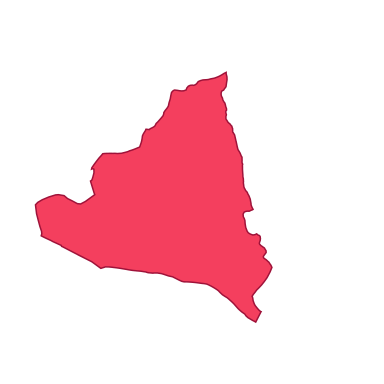 outline of Bonneterre, Gros Islet, Saint Lucia, rotated 303°
{"feature_id": "8701671B46527115488152", "entity_name": "Bonneterre", "entity_type": "district", "adm_level": 2, "iso_a3": "LCA", "parent_name": "Saint Lucia", "parent_adm1": "Gros Islet", "projection": "mercator", "projection_center": [-60.94, 14.069], "detail": "fine", "context": "isolated", "style": "filled", "palette": "rose", "viewbox_px": 384, "rotation_deg": 303, "n_neighbors": 0, "source": "geoboundaries", "source_scale": "gbopen_adm2", "svg_char_len": 5288}
<svg xmlns="http://www.w3.org/2000/svg" viewBox="0 0 384 384"><g transform="rotate(303 192 192)"><path d="M156.5,95.3L157.0,95.6L157.6,96.5L157.7,97.3L154.9,99.2L154.2,99.5L150.6,100.7L148.4,101.3L147.2,101.5L145.9,100.9L137.9,110.4L136.8,111.9L125.9,107.7L121.3,105.1L119.8,102.2L119.3,96.2L118.7,91.2L119.3,86.7L117.0,81.4L115.2,79.1L109.8,74.6L103.9,70.6L99.3,68.3L96.0,67.7L89.1,73.5L84.5,78.5L80.2,83.3L77.1,87.2L75.1,88.8L73.3,89.3L73.1,89.4L73.6,93.9L74.5,100.2L74.6,102.1L76.0,111.5L75.4,112.2L75.6,113.3L75.9,116.4L76.9,126.7L78.0,136.9L77.2,130.2L78.9,145.5L78.9,146.6L78.6,152.0L78.3,157.1L78.5,157.3L79.5,158.1L80.8,159.2L82.2,160.3L82.9,161.6L83.8,163.0L84.4,164.1L85.3,165.8L85.8,166.9L87.3,169.9L87.9,171.2L88.3,172.0L89.3,174.3L91.3,178.9L92.3,181.3L93.0,182.9L93.4,183.8L94.0,185.1L95.4,187.8L95.8,188.6L97.4,191.6L97.7,192.2L99.3,195.8L99.6,196.3L99.8,196.9L100.1,198.2L100.4,199.1L102.6,203.3L103.4,204.3L104.1,205.4L105.2,207.0L106.9,210.8L107.5,212.8L108.8,217.9L109.7,220.3L109.8,220.6L110.1,221.3L110.3,221.9L111.1,229.2L111.5,232.0L111.7,232.6L112.3,234.2L114.3,237.4L116.3,241.0L118.1,244.5L120.2,248.9L120.7,250.0L121.8,252.1L122.6,254.0L122.8,254.5L123.0,255.5L123.2,256.8L123.3,257.8L123.5,259.4L123.7,263.2L123.7,264.3L123.7,265.0L123.7,266.6L123.6,267.8L123.5,268.3L123.0,270.3L122.5,273.0L122.4,273.5L122.4,275.0L122.4,276.8L122.5,279.0L122.3,280.7L121.7,284.5L121.1,287.7L119.3,294.2L119.0,295.7L118.5,299.2L118.4,302.7L117.9,303.9L117.6,304.5L117.4,305.4L117.4,305.8L117.3,306.1L117.1,307.1L117.1,307.6L117.3,312.8L117.5,314.5L117.6,316.3L129.2,315.1L129.1,314.9L129.1,314.6L129.3,313.4L129.4,312.6L129.5,312.0L129.6,311.8L130.1,310.0L130.6,308.5L131.0,307.3L131.3,306.5L131.5,306.2L132.2,305.0L133.8,302.9L134.3,302.3L135.6,301.2L136.1,300.7L136.7,300.1L136.9,299.8L137.3,299.2L139.7,299.2L142.5,299.5L144.9,299.6L147.6,300.2L152.0,301.0L156.2,301.4L160.8,301.6L163.3,301.4L167.6,301.0L170.7,300.4L172.3,300.1L172.7,299.4L173.0,299.0L173.9,297.4L174.0,296.9L175.0,294.7L175.1,294.3L175.1,293.6L175.2,293.2L175.3,292.7L175.4,292.4L175.4,292.0L175.5,291.4L175.6,291.1L175.6,289.6L175.7,288.5L175.7,288.2L176.0,287.6L176.5,287.1L176.8,287.0L177.3,286.9L179.5,287.0L180.2,287.1L180.8,287.1L181.7,287.1L182.6,286.4L182.8,286.3L183.2,285.9L183.4,285.3L184.1,283.9L184.4,283.4L184.5,282.9L184.5,282.1L184.6,280.1L184.6,279.0L184.9,277.8L184.9,277.4L185.5,276.5L185.9,276.3L187.1,275.9L188.2,275.7L189.3,275.2L190.3,274.7L190.8,274.2L191.5,273.7L191.8,273.3L192.0,273.0L192.1,272.4L192.2,272.1L191.9,271.3L191.9,271.0L192.0,269.9L192.1,269.0L190.6,268.1L189.1,266.5L188.5,264.0L188.4,261.5L189.1,259.7L191.5,256.4L194.5,253.7L196.9,251.9L198.2,250.3L199.2,248.5L201.3,246.9L203.5,246.7L204.9,247.6L206.2,249.0L207.1,250.5L208.8,251.5L210.0,252.4L210.7,252.7L211.2,251.8L211.5,251.2L212.3,250.0L212.9,249.2L213.6,248.4L214.2,247.9L214.5,247.8L215.3,247.0L217.0,245.4L217.8,244.7L218.3,243.9L218.7,243.4L219.0,243.0L219.3,242.6L219.9,241.7L220.8,239.9L221.8,238.5L222.1,237.6L222.4,236.3L222.9,235.4L223.5,234.4L223.8,233.7L224.9,232.4L225.8,231.7L226.5,231.1L227.4,230.3L227.8,230.0L228.8,229.5L230.1,228.5L230.9,228.0L231.8,227.1L232.5,226.4L234.1,225.3L235.4,224.3L237.8,222.5L239.1,221.6L240.5,220.7L241.3,220.1L242.1,219.6L242.9,219.4L243.2,219.0L243.4,218.5L243.8,218.1L244.5,217.5L245.3,217.1L245.9,216.7L246.9,216.0L248.1,215.2L248.4,215.0L248.6,214.7L248.7,214.4L249.2,213.4L250.1,212.2L250.9,211.0L251.0,210.8L251.7,209.4L252.7,207.3L253.5,206.5L254.5,205.4L257.5,202.4L258.4,201.5L258.9,200.9L260.2,199.6L263.1,196.6L263.2,196.4L263.5,195.8L263.9,194.8L264.2,194.4L264.4,193.6L264.8,193.2L265.6,192.7L266.3,192.2L266.5,192.0L267.0,191.8L267.4,191.4L268.0,190.5L268.5,190.0L268.9,189.6L268.9,189.3L269.1,188.6L269.4,187.7L269.7,187.0L269.8,186.5L269.9,185.2L270.1,184.2L270.3,183.8L270.7,183.0L271.2,182.0L271.3,181.5L271.8,180.7L272.0,180.5L273.8,179.3L275.5,178.8L276.7,177.4L277.6,176.7L278.4,176.3L279.5,176.4L280.8,175.4L281.9,173.9L283.4,172.4L284.5,171.1L284.9,169.9L285.8,168.1L286.4,167.3L287.3,166.5L288.5,164.4L289.9,163.1L291.2,162.4L292.6,162.0L293.7,162.4L294.6,163.0L296.9,163.0L297.8,163.2L299.0,163.1L302.4,161.5L305.3,160.2L307.6,158.6L309.8,156.2L310.9,155.5L309.1,154.4L307.6,153.7L306.1,153.0L304.1,151.9L302.4,150.8L299.7,148.8L297.1,146.1L295.1,144.3L293.7,142.5L291.9,140.1L290.0,138.4L288.0,137.1L285.2,136.9L283.7,136.3L282.4,135.4L281.9,134.2L280.5,132.4L278.8,131.3L276.4,131.0L274.4,131.5L272.3,129.9L271.0,128.1L270.1,126.3L269.4,124.6L268.2,122.2L267.9,121.7L266.6,121.0L264.4,120.6L261.4,121.7L258.1,123.1L254.5,124.1L251.1,125.4L248.4,125.4L245.8,125.1L243.3,125.1L242.2,125.7L240.3,126.2L238.3,126.0L236.0,125.7L231.9,125.1L229.9,124.6L228.7,124.8L227.1,124.9L225.6,124.4L224.0,123.5L222.2,122.4L221.1,122.2L219.6,119.2L219.4,119.2L219.2,119.3L218.1,119.5L216.7,119.5L215.8,119.5L213.8,119.6L212.0,119.9L210.0,120.9L207.6,121.9L205.8,122.5L201.3,123.6L201.0,123.5L199.6,122.5L197.4,121.0L196.0,120.0L195.2,119.4L193.8,118.3L192.5,117.2L191.2,116.4L190.1,115.5L188.9,114.4L187.4,113.0L186.1,111.8L184.7,109.9L183.7,108.6L182.4,106.2L181.4,104.8L179.9,102.4L178.6,100.5L176.9,98.0L175.5,96.3L173.5,96.1L169.8,95.5L165.0,95.1L161.8,94.9L157.8,94.8L156.5,95.3Z" fill="#f43f5e" stroke="#9f1239" stroke-width="1.5"/></g></svg>